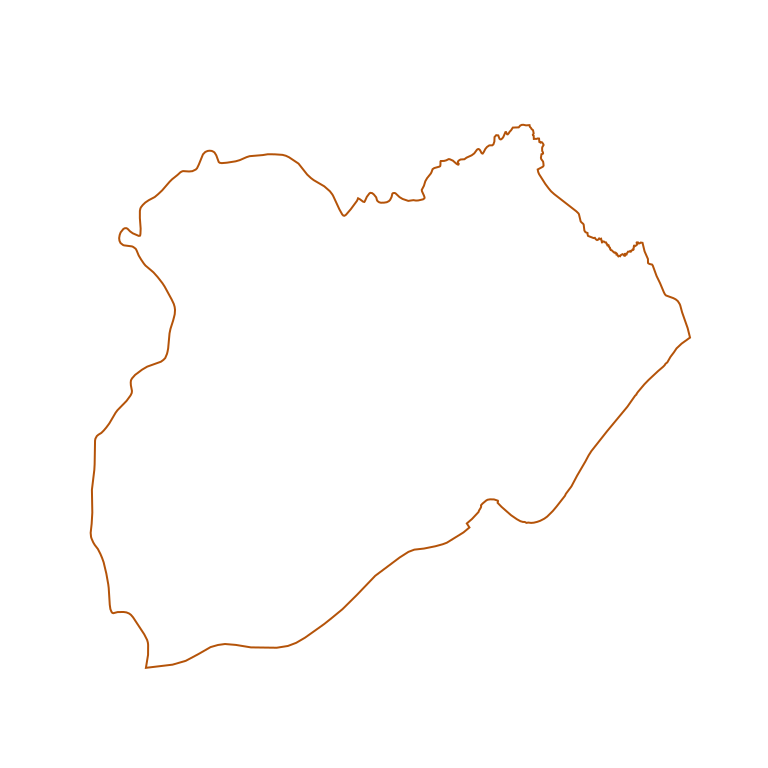 outline of Sawang Wirawong, Ubon Ratchathani, Thailand, rotated 173°
{"feature_id": "78962969B62238671099261", "entity_name": "Sawang Wirawong", "entity_type": "district", "adm_level": 2, "iso_a3": "THA", "parent_name": "Thailand", "parent_adm1": "Ubon Ratchathani", "projection": "equal_earth", "projection_center": [105.01, 15.236], "detail": "fine", "context": "isolated", "style": "outline", "palette": "amber", "viewbox_px": 768, "rotation_deg": 173, "n_neighbors": 0, "source": "geoboundaries", "source_scale": "gbopen_adm2", "svg_char_len": 6150}
<svg xmlns="http://www.w3.org/2000/svg" viewBox="0 0 768 768"><g transform="rotate(173 384 384)"><path d="M316.7,231.2L318.8,235.5L313.1,239.3L305.8,245.4L305.1,246.8L302.9,249.6L302.5,250.6L302.5,251.8L300.8,253.3L296.6,256.0L295.2,256.5L292.7,256.6L288.8,256.0L285.2,254.3L285.1,253.9L285.7,252.2L282.2,247.6L273.9,238.3L268.6,233.6L265.3,231.2L263.0,230.2L261.1,229.9L259.5,228.8L257.7,228.9L254.9,228.2L252.2,228.1L248.7,228.5L245.6,229.2L241.3,230.8L238.2,232.5L232.0,237.3L227.6,241.4L218.0,251.0L216.9,252.8L210.4,259.6L203.5,269.5L193.6,282.5L189.6,288.2L186.3,292.2L168.3,310.0L145.2,331.8L136.2,341.8L134.7,342.8L134.5,343.5L132.7,345.4L125.7,351.9L121.0,355.7L110.3,363.5L104.7,367.2L103.0,368.6L102.1,369.8L100.2,370.9L96.3,376.1L92.4,380.1L89.3,383.7L83.7,387.8L74.6,392.8L75.8,402.4L79.4,418.9L80.4,426.0L80.8,427.4L82.3,430.5L84.2,432.5L86.4,434.0L93.3,437.5L94.2,438.7L95.0,440.8L97.7,450.4L100.3,458.0L102.8,468.8L103.4,469.9L105.7,470.7L106.9,471.5L107.2,472.0L106.8,475.9L109.2,483.9L110.2,492.6L111.9,493.1L112.5,492.7L113.7,492.4L114.6,493.5L115.2,493.2L115.5,493.7L115.9,493.7L116.1,493.3L115.6,492.2L115.7,491.7L116.5,491.0L118.2,490.2L118.6,490.2L118.7,490.8L119.0,490.8L119.4,489.6L119.4,488.9L119.8,488.4L119.8,487.3L120.1,486.9L120.8,487.1L121.0,486.6L121.7,486.5L122.9,485.3L123.5,486.0L124.2,485.5L125.7,485.6L126.4,484.6L127.2,484.0L127.4,483.0L127.8,482.9L128.6,483.8L128.9,483.8L128.7,482.4L129.2,481.9L129.9,482.0L130.9,483.4L131.5,483.8L133.6,482.9L134.0,482.1L134.6,482.4L135.7,482.1L135.9,482.7L136.4,482.9L136.6,483.9L137.5,484.1L137.5,484.4L137.1,484.6L137.0,485.0L137.8,485.9L138.6,485.8L138.9,486.6L139.8,486.6L141.5,488.8L142.6,489.3L142.6,490.0L143.2,490.6L143.1,491.6L143.5,491.9L143.7,492.7L144.1,492.9L144.1,494.3L144.5,494.6L145.2,494.2L145.4,494.3L145.5,495.6L146.0,496.0L146.3,497.4L147.3,497.6L148.0,498.4L149.7,499.0L149.9,498.9L150.1,498.0L150.4,498.0L150.8,501.7L151.8,501.4L152.3,502.1L152.7,502.3L154.0,501.1L155.0,500.9L156.2,501.9L156.9,503.4L158.2,503.3L163.4,506.1L163.7,507.5L163.6,509.1L165.5,510.1L166.4,511.8L166.4,517.8L166.7,518.6L168.5,520.6L169.0,521.5L169.8,528.6L170.1,529.5L172.0,531.9L191.9,551.7L194.7,554.9L196.8,558.2L199.5,562.9L204.5,573.4L205.1,575.5L205.3,578.2L200.1,580.2L199.5,580.6L199.0,581.3L198.9,583.5L199.0,585.4L200.5,588.0L200.7,589.3L199.7,592.9L198.4,593.1L198.0,593.5L198.0,594.5L198.6,596.1L198.3,598.9L198.0,599.8L196.5,601.7L196.5,602.3L197.6,604.5L199.0,605.1L199.3,604.6L200.3,605.3L200.2,608.7L201.4,609.0L202.5,608.7L205.4,609.0L205.2,612.2L205.8,612.7L205.9,613.2L204.9,614.5L205.1,617.2L205.2,617.8L206.4,619.0L206.9,620.2L207.9,621.6L208.0,623.2L211.5,623.4L214.1,624.3L215.7,624.4L217.3,623.9L219.0,622.3L224.9,622.8L227.0,620.3L228.4,619.2L229.8,617.5L230.8,616.7L231.4,616.9L232.2,619.2L232.8,619.2L235.4,614.7L236.6,613.4L237.9,612.6L238.7,612.6L239.5,613.4L240.3,616.8L242.3,617.3L244.2,615.6L244.9,611.2L246.2,608.5L247.4,607.7L250.4,608.0L252.9,606.7L254.8,604.9L256.7,602.1L257.9,600.7L258.3,600.7L259.0,601.3L260.2,604.4L260.9,605.3L261.5,605.7L262.5,605.6L263.2,605.2L266.3,601.9L269.1,600.3L274.5,598.6L276.8,597.3L280.6,597.5L281.9,597.0L283.0,596.3L283.6,595.5L283.7,594.6L283.0,593.4L283.4,592.7L284.2,592.9L285.3,593.8L288.4,597.3L291.4,599.1L292.5,599.3L295.0,598.4L297.2,598.1L300.5,598.4L300.8,598.0L301.3,594.5L301.7,593.4L302.5,593.0L307.8,592.2L309.6,591.3L310.9,588.7L311.8,587.3L316.1,583.1L318.3,580.2L320.2,575.9L322.9,572.0L322.8,570.6L321.4,566.2L321.0,564.3L321.3,563.3L322.8,562.5L327.8,562.0L330.0,562.2L332.4,562.9L337.6,562.8L343.0,565.4L345.8,567.6L349.2,571.7L350.1,572.3L350.9,572.4L351.9,572.3L352.5,571.9L353.7,568.7L355.5,566.0L356.9,564.9L359.1,564.1L361.8,564.0L365.0,564.3L366.7,565.0L368.1,566.3L368.6,567.4L369.0,570.2L371.0,573.4L372.5,574.9L374.3,575.4L375.3,574.9L378.2,571.9L380.7,567.8L381.3,567.1L382.5,567.5L385.4,570.3L387.1,571.5L388.4,569.2L395.7,561.5L401.1,556.6L402.7,555.8L403.8,556.1L404.8,557.4L407.0,562.8L411.4,576.5L412.1,578.3L414.2,581.9L419.2,587.5L428.9,594.9L431.4,597.3L434.7,601.2L442.0,613.2L450.6,620.6L453.6,622.5L456.8,623.8L464.6,625.3L471.3,626.2L476.4,626.0L489.6,626.5L492.8,625.9L499.8,623.8L504.1,623.1L512.9,622.8L518.1,623.0L520.1,623.6L521.0,624.5L522.6,631.4L524.0,634.4L524.8,635.2L526.5,636.3L528.6,636.8L530.6,636.8L533.1,636.1L535.7,634.0L541.1,624.3L543.3,620.9L544.7,619.8L548.3,618.6L551.6,618.7L557.5,619.8L558.6,619.6L560.2,619.0L563.4,616.7L569.4,613.0L572.1,610.9L580.6,603.2L585.1,599.9L588.8,597.5L595.1,595.1L598.8,593.2L601.6,591.1L603.7,589.0L604.4,587.9L605.2,585.6L606.1,578.4L606.6,567.9L607.4,563.0L607.8,561.5L608.2,560.9L609.4,560.9L615.0,564.2L617.4,566.4L619.6,569.3L620.6,570.0L622.2,570.2L623.7,569.7L626.9,566.6L628.2,564.1L629.1,561.1L629.1,558.4L628.3,556.0L626.1,553.8L625.2,553.3L617.4,551.3L616.2,550.6L614.0,548.5L613.3,546.8L611.8,541.4L609.8,536.9L607.7,532.8L606.3,530.6L599.2,522.9L595.6,517.7L591.6,511.0L589.8,507.3L584.5,493.9L582.9,489.1L582.4,486.0L582.4,483.0L583.2,478.8L584.1,476.4L585.6,472.6L589.2,464.8L590.7,460.4L593.9,445.6L594.9,442.5L595.7,440.4L598.0,436.4L600.0,434.8L602.7,433.3L616.9,430.1L622.4,427.7L629.9,423.4L633.4,420.3L634.7,418.5L635.2,416.4L635.4,413.6L635.0,407.8L635.5,405.8L636.9,403.6L641.6,398.6L651.7,390.5L653.9,388.2L661.4,378.4L664.9,374.7L667.8,372.0L670.5,369.9L673.6,368.5L675.4,367.3L677.1,364.9L677.7,363.0L681.0,339.5L682.0,334.0L686.8,314.6L689.2,291.8L691.2,280.9L693.3,272.0L693.4,267.9L693.1,266.2L691.9,262.2L690.7,259.5L688.1,255.1L686.2,249.9L685.0,245.7L684.0,241.2L682.7,229.6L682.1,218.6L682.1,215.1L683.1,198.3L683.0,193.9L682.3,191.2L681.5,189.9L680.6,189.5L676.1,190.1L670.1,189.4L667.5,188.7L665.0,187.3L663.3,185.7L661.5,183.0L652.5,164.8L650.3,158.8L649.9,156.2L649.9,153.9L651.2,143.9L654.9,131.3L628.1,131.2L614.5,133.4L601.0,138.6L588.2,144.0L580.6,145.2L573.5,145.3L562.9,143.1L548.2,138.8L522.6,135.3L511.3,135.7L502.7,137.8L493.4,141.8L472.7,153.0L463.9,158.4L452.6,165.6L436.3,178.2L416.1,194.7L389.6,209.9L380.2,214.4L374.1,215.9L364.4,215.8L352.7,216.7L345.2,217.8L341.0,218.8L323.2,227.0L316.7,231.2Z" fill="none" stroke="#b45309" stroke-width="2"/></g></svg>